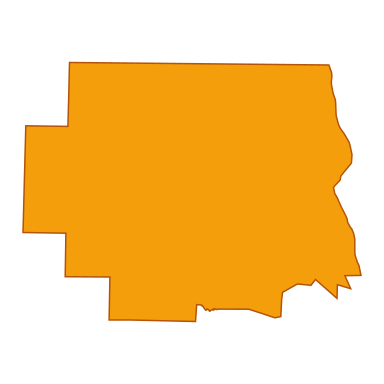 Lincoln, Missouri, United States of America (Albers equal-area conic projection)
{"feature_id": "52423323B2117474870364", "entity_name": "Lincoln", "entity_type": "district", "adm_level": 2, "iso_a3": "USA", "parent_name": "United States of America", "parent_adm1": "Missouri", "projection": "albers", "projection_center": [-90.857, 39.049], "detail": "fine", "context": "isolated", "style": "filled", "palette": "amber", "viewbox_px": 384, "rotation_deg": 0, "n_neighbors": 0, "source": "geoboundaries", "source_scale": "gbopen_adm2", "svg_char_len": 1614}
<svg xmlns="http://www.w3.org/2000/svg" viewBox="0 0 384 384"><path d="M23.0,232.5L65.9,233.2L65.2,276.7L109.9,277.0L109.1,320.0L130.4,320.0L195.5,321.5L196.7,304.6L201.8,305.1L202.0,305.9L202.3,306.1L202.8,306.2L203.3,306.6L203.4,306.8L203.4,307.2L203.5,307.4L203.9,307.9L204.0,308.1L204.5,308.6L204.6,308.9L204.9,309.2L205.3,309.6L205.6,310.0L205.9,310.2L206.5,310.1L206.6,309.6L206.8,309.4L207.0,309.0L207.2,308.9L207.5,309.0L207.9,309.4L208.2,309.6L208.7,309.8L209.1,310.2L209.1,310.6L209.4,311.1L209.6,311.2L209.8,311.2L210.0,310.6L210.3,310.5L210.6,310.6L210.9,310.2L211.3,310.1L212.0,309.8L212.4,309.4L212.8,309.5L213.0,309.8L213.3,310.1L213.5,310.1L213.8,310.0L214.1,309.7L214.2,309.3L214.1,309.0L214.1,308.7L214.3,308.6L214.6,308.7L214.9,308.9L215.6,309.1L215.9,309.4L216.1,309.5L216.8,309.5L217.2,309.4L217.8,309.1L218.0,309.1L248.8,309.2L275.0,317.8L280.8,316.6L281.7,299.1L282.6,292.3L297.4,284.0L311.0,285.3L315.5,279.5L337.0,298.4L337.4,284.7L350.7,288.7L344.9,275.7L361.0,275.4L358.9,265.3L357.4,262.3L355.1,255.2L354.8,252.5L354.8,239.2L353.7,233.6L351.6,228.6L350.6,227.7L349.9,226.4L348.4,223.8L347.7,222.4L347.1,218.9L345.7,215.6L341.1,206.6L336.9,197.0L334.8,193.7L333.7,188.5L333.7,187.4L334.3,186.3L340.1,180.1L340.7,176.6L341.1,175.6L351.0,163.6L351.5,162.3L352.0,154.7L350.0,145.2L349.1,142.2L348.2,140.6L344.1,133.6L341.0,129.4L339.6,127.0L338.3,123.8L336.8,118.2L336.1,115.1L335.6,102.2L335.3,99.7L333.1,93.2L331.4,84.4L331.4,80.5L331.8,77.6L331.8,75.0L331.5,72.4L328.9,65.0L69.5,62.5L68.7,97.4L67.9,126.4L25.8,125.8L23.0,232.5Z" fill="#f59e0b" stroke="#b45309" stroke-width="1.5"/></svg>